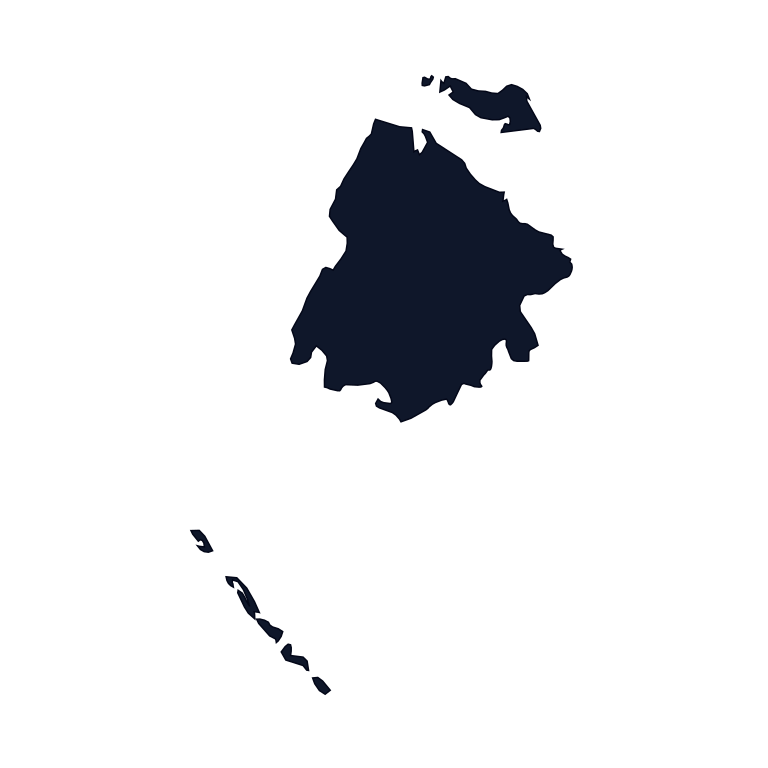 an SVG outline of Ciego de Ávila, rotated 9°
{"feature_id": "CUB-1363", "entity_name": "Ciego de Ávila", "entity_type": "Province", "adm_level": 1, "iso_a3": "CUB", "parent_name": "Cuba", "parent_adm1": "", "projection": "equal_earth", "projection_center": [-78.664, 21.637], "detail": "fine", "context": "isolated", "style": "filled", "palette": "ink", "viewbox_px": 768, "rotation_deg": 9, "n_neighbors": 0, "source": "natural_earth", "source_scale": "10m", "svg_char_len": 4774}
<svg xmlns="http://www.w3.org/2000/svg" viewBox="0 0 768 768"><g transform="rotate(9 384 384)"><path d="M334.2,123.9L359.2,127.5L371.1,126.7L372.4,130.1L377.2,149.9L378.1,149.1L380.5,147.6L383.1,152.0L385.4,149.3L389.3,138.5L386.1,132.8L384.4,130.6L382.3,129.0L382.3,126.7L389.8,128.0L397.9,138.1L425.6,150.4L429.2,153.5L431.4,157.9L436.4,163.2L442.2,168.1L446.7,171.1L452.7,173.3L468.0,176.6L472.7,175.7L472.6,178.0L472.8,182.7L472.7,185.0L475.3,183.4L476.3,182.5L478.0,185.9L480.4,192.4L482.3,195.4L484.5,197.5L489.1,200.5L491.1,202.6L493.0,203.9L495.5,204.0L498.2,203.6L500.6,203.8L509.3,208.2L513.2,209.6L525.8,210.8L528.0,212.2L528.5,215.6L528.8,219.5L530.1,222.4L532.2,223.1L538.7,223.0L537.9,223.5L537.0,224.8L539.7,227.9L542.9,229.4L546.1,230.3L548.8,231.5L548.4,234.5L550.6,236.2L551.1,237.5L551.6,239.3L551.7,241.3L551.5,243.2L550.5,246.9L549.6,248.5L548.2,249.7L544.8,251.2L541.8,253.3L537.3,258.1L531.2,266.2L528.4,268.7L526.2,270.1L523.0,270.9L519.1,271.0L515.0,272.7L513.4,273.0L511.7,273.1L510.0,274.2L508.6,275.2L505.7,285.1L507.2,291.0L508.2,292.2L520.6,305.3L525.0,310.9L530.1,321.7L526.9,324.6L523.3,327.0L522.5,328.0L522.1,328.9L522.1,330.3L523.1,337.2L523.2,338.4L521.8,339.1L511.9,340.7L508.4,340.6L505.8,339.0L501.9,332.3L501.0,330.5L499.5,328.5L498.7,326.8L498.4,325.1L498.3,323.1L498.1,321.9L497.7,321.2L497.0,320.9L495.9,320.8L493.7,321.7L491.1,323.7L487.3,328.4L485.8,331.2L484.9,333.1L485.8,339.5L487.1,345.0L487.3,347.0L487.4,349.7L487.2,351.8L486.8,353.1L486.2,353.6L484.8,353.8L484.0,354.5L482.4,357.7L481.1,359.5L478.1,365.3L478.5,367.7L479.3,369.3L480.4,370.3L480.9,371.0L480.2,371.8L478.4,372.2L473.6,372.5L470.2,371.7L464.3,371.2L462.9,370.8L460.6,372.3L458.1,380.7L455.2,390.7L454.4,392.2L453.0,394.1L452.0,394.1L451.4,393.7L450.8,392.9L450.4,392.0L449.1,390.0L448.5,389.4L447.9,389.2L443.5,390.9L437.7,394.2L434.9,396.4L431.9,399.8L431.1,401.2L429.3,403.1L416.0,413.6L406.7,418.7L404.8,416.3L400.6,412.8L396.7,410.9L383.2,408.3L380.0,407.0L378.8,404.5L380.5,399.8L383.4,401.8L386.6,402.5L393.6,402.3L394.6,400.8L393.3,397.3L390.1,391.8L388.3,389.8L385.7,387.4L380.5,383.6L376.8,382.3L374.9,382.6L373.2,384.0L370.1,385.8L358.3,389.2L346.4,390.6L345.2,391.3L343.7,392.8L342.6,394.7L342.1,396.4L341.3,397.6L339.3,397.9L331.5,397.4L328.4,396.5L325.7,396.3L324.5,389.2L323.7,378.8L324.5,369.8L323.0,365.3L317.4,360.4L311.2,356.9L307.4,363.9L307.4,369.3L304.5,373.8L297.1,377.8L290.0,377.8L287.8,373.8L289.3,367.8L290.4,358.4L288.6,352.9L284.5,345.0L286.4,339.5L291.9,324.6L294.5,311.2L297.1,303.8L300.8,294.8L303.8,287.4L305.3,280.4L308.3,278.0L312.3,278.5L316.0,279.5L317.5,275.5L322.0,267.1L325.7,258.6L325.7,250.7L324.6,244.7L321.2,242.7L315.7,239.3L307.9,231.3L303.9,226.9L303.5,219.9L307.2,209.0L306.9,199.6L310.2,195.6L312.4,187.7L315.7,180.3L319.4,172.3L322.0,165.9L324.3,155.0L326.9,148.1L328.3,144.1L330.6,141.6L332.4,139.1L333.1,128.7L334.2,123.9ZM461.3,102.2L456.4,104.9L449.5,106.1L438.0,105.8L432.2,103.6L425.3,97.6L414.8,95.1L407.5,92.2L403.0,88.4L406.7,84.7L402.8,79.3L397.6,84.2L393.5,86.9L392.8,75.4L393.7,76.3L396.1,77.7L397.0,71.0L399.3,70.3L402.0,71.8L404.0,71.9L406.7,71.3L418.0,74.2L424.2,79.1L431.3,79.8L438.5,79.1L444.9,79.8L451.1,79.3L455.1,75.3L458.6,70.7L463.1,68.4L468.9,69.2L474.9,71.3L480.1,74.9L483.0,79.8L482.1,79.3L479.7,77.7L480.8,82.3L497.8,104.0L498.8,107.0L498.0,110.3L496.2,110.3L493.9,108.9L491.9,108.1L460.4,117.2L460.4,115.1L460.9,114.1L461.5,113.2L462.0,111.8L462.3,109.2L463.0,107.9L464.7,108.1L466.4,108.5L467.5,108.1L467.7,104.9L466.8,101.6L464.7,100.1L461.3,102.2ZM296.6,629.2L295.3,629.1L291.3,629.2L292.1,631.2L293.1,636.2L285.9,631.6L281.0,626.0L272.2,613.1L272.2,610.6L276.7,612.7L279.9,616.6L282.8,621.0L286.1,624.8L282.8,617.9L277.2,609.0L270.7,602.1L265.1,601.2L265.1,603.7L266.0,605.0L266.2,605.6L266.4,606.5L267.0,608.2L264.1,607.1L261.6,605.3L259.6,602.6L258.2,599.1L268.9,598.4L280.3,607.0L290.1,619.2L296.6,629.2ZM334.2,666.8L346.8,666.4L351.4,669.7L354.3,678.7L352.4,678.7L348.1,674.7L330.2,672.0L324.4,664.7L327.5,658.8L330.0,656.0L332.5,656.2L333.6,658.9L334.1,662.4L334.2,666.8ZM308.9,639.9L311.9,641.4L317.9,642.3L322.7,644.4L321.9,649.4L319.7,654.3L318.1,656.2L317.4,654.0L316.6,652.7L310.5,650.7L297.7,640.1L295.0,636.2L298.2,635.6L302.9,636.0L307.1,637.4L308.9,639.9ZM216.3,559.0L224.4,557.5L230.8,562.4L240.8,575.5L236.9,577.6L232.6,577.7L228.6,576.2L225.1,573.0L226.9,573.2L232.1,573.0L231.0,569.3L229.1,567.0L227.0,566.5L225.2,568.3L218.5,562.2L216.3,559.0ZM359.5,685.5L364.5,684.2L369.9,687.0L378.8,694.9L374.4,699.6L368.2,696.9L362.5,690.9L359.5,685.5ZM382.3,73.0L382.9,72.1L384.7,73.2L384.5,75.3L382.7,79.1L382.0,81.2L377.4,83.2L375.1,83.1L374.6,80.9L374.6,75.3L376.1,74.7L379.6,76.0L382.0,75.6L382.3,73.0Z" fill="#0f172a" stroke="#020617" stroke-width="1.5"/></g></svg>